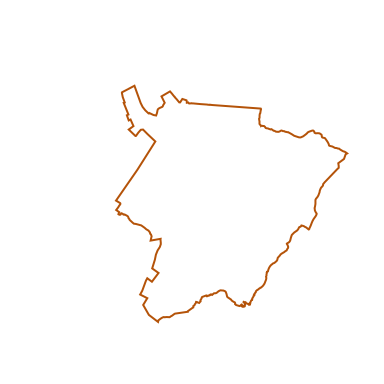 Racsa, Satu Mare, Romania, rotated 307°
{"feature_id": "2599482B8839717617259", "entity_name": "Racsa", "entity_type": "district", "adm_level": 2, "iso_a3": "ROU", "parent_name": "Romania", "parent_adm1": "Satu Mare", "projection": "robinson", "projection_center": [23.336, 47.815], "detail": "fine", "context": "isolated", "style": "outline", "palette": "amber", "viewbox_px": 384, "rotation_deg": 307, "n_neighbors": 0, "source": "geoboundaries", "source_scale": "gbopen_adm2", "svg_char_len": 6057}
<svg xmlns="http://www.w3.org/2000/svg" viewBox="0 0 384 384"><g transform="rotate(307 192 192)"><path d="M232.5,307.9L233.1,307.9L233.7,307.6L235.4,307.3L237.4,306.8L239.4,306.2L241.5,305.7L243.6,305.4L247.2,305.3L248.9,305.0L249.7,304.6L249.9,304.3L250.1,303.4L251.2,301.3L251.7,300.8L252.7,299.9L252.9,299.6L254.2,299.1L256.7,297.8L259.9,295.4L260.5,295.2L261.3,295.1L263.6,295.2L265.3,295.0L268.6,294.0L270.1,293.2L272.4,292.6L273.5,292.5L274.7,292.7L275.8,292.7L276.2,292.6L277.2,292.0L279.7,292.1L297.3,294.2L299.6,294.6L301.1,293.5L303.0,291.5L309.9,293.5L314.6,292.0L316.2,292.7L316.2,291.3L316.1,290.0L315.9,289.2L315.6,288.6L315.4,287.7L315.1,285.0L315.1,284.0L315.1,283.2L314.6,282.6L314.1,281.0L313.4,279.9L313.1,279.1L313.1,278.5L312.8,276.7L312.0,274.9L311.6,273.8L311.7,273.4L312.7,272.1L313.5,270.4L314.0,269.0L314.8,266.5L315.0,265.6L314.0,263.4L314.0,263.0L314.6,262.1L315.5,261.3L315.7,260.8L315.6,258.7L315.3,258.0L314.3,256.6L313.5,255.7L313.2,255.2L313.1,254.6L313.1,254.1L313.6,253.6L313.9,253.0L314.0,252.0L313.9,251.6L313.2,250.9L310.6,249.2L309.1,248.5L308.2,248.6L307.3,248.3L306.8,248.3L306.2,248.1L303.4,247.3L301.1,246.0L300.7,245.6L300.0,244.5L298.4,239.8L298.2,236.9L297.6,232.7L297.2,232.3L296.5,230.6L296.2,230.2L296.1,229.1L295.3,227.9L295.3,227.5L294.9,226.4L294.5,226.1L293.2,225.6L292.2,225.0L291.3,223.7L290.7,222.7L290.5,221.0L290.1,220.5L290.0,219.5L290.1,218.8L290.0,218.2L290.0,217.9L289.9,217.5L289.3,217.2L288.7,215.5L288.5,214.5L287.7,213.0L287.5,212.4L287.6,211.8L287.9,211.3L288.0,210.7L288.0,209.7L287.4,209.0L287.1,208.2L286.6,207.5L286.2,207.4L286.6,206.8L286.6,206.3L287.0,204.9L288.5,203.8L288.7,203.7L290.8,201.5L291.9,201.3L293.8,199.9L295.0,199.2L295.6,199.2L295.8,199.0L296.2,199.0L298.8,197.6L299.1,197.6L299.8,197.2L300.0,196.7L273.5,155.6L272.5,153.8L272.3,153.8L271.3,152.2L270.9,151.4L267.2,145.7L263.5,139.7L262.8,138.7L262.7,138.3L262.2,137.9L262.0,137.6L261.5,137.1L261.1,136.6L261.1,136.1L260.9,135.9L261.2,135.1L260.8,134.8L260.7,134.5L260.2,134.1L261.4,133.1L261.9,132.4L260.5,128.3L256.4,128.6L255.9,127.9L256.9,123.7L257.3,121.4L257.5,121.1L257.6,120.9L257.5,120.7L258.2,117.8L258.4,117.2L259.1,113.9L250.0,110.1L246.8,116.5L244.2,116.7L242.7,117.1L242.1,117.0L239.4,115.5L238.2,115.1L237.4,115.0L236.5,115.3L234.0,116.5L231.5,117.3L230.3,114.9L229.4,110.4L228.8,110.4L228.6,110.1L229.1,105.6L230.2,101.4L232.2,97.4L242.2,82.1L229.5,76.1L229.0,76.3L226.1,79.6L223.0,84.4L222.1,83.8L215.6,94.6L214.1,93.8L211.1,98.4L212.9,99.3L209.4,105.6L203.8,103.9L202.7,113.1L203.1,113.5L207.2,113.4L210.9,113.7L212.4,115.3L211.5,121.5L210.3,132.3L177.0,135.0L139.4,136.5L139.5,137.3L139.9,141.3L139.8,141.6L139.3,142.0L139.0,142.1L137.1,142.1L135.4,142.3L132.0,142.3L132.1,145.9L130.0,146.6L130.1,147.6L130.6,148.3L131.0,148.5L132.4,148.2L132.7,148.6L132.7,149.3L132.9,150.1L132.7,150.8L133.0,151.5L133.5,151.7L133.9,154.3L133.9,155.6L133.3,156.7L132.8,157.2L132.7,158.1L132.2,159.0L131.8,162.9L131.7,164.6L132.7,166.4L134.8,171.6L134.9,175.7L134.7,177.9L135.0,180.4L134.4,182.7L133.5,183.7L133.4,184.8L132.3,186.4L128.3,188.2L135.7,195.1L135.0,195.5L132.7,197.6L131.5,198.5L128.7,199.4L124.6,199.7L120.2,200.9L115.6,203.1L107.0,206.2L107.2,214.0L96.2,214.0L96.2,208.2L93.4,208.6L83.2,211.7L78.9,212.3L80.3,220.2L72.4,221.0L67.9,231.5L67.8,242.9L67.8,243.1L69.3,242.4L72.1,243.2L74.1,244.0L75.2,244.8L75.4,245.4L76.8,246.9L78.5,249.4L78.9,249.6L79.9,249.9L81.2,250.5L84.2,251.4L84.7,251.7L93.8,260.7L94.1,260.4L94.3,260.4L99.7,262.1L100.6,262.5L101.6,261.7L103.0,262.1L103.5,262.0L103.9,261.8L105.1,261.9L105.7,261.8L106.7,261.4L106.8,261.6L107.1,262.1L107.2,263.0L107.7,264.5L108.6,264.5L109.8,264.7L110.2,264.4L110.4,264.0L110.6,263.9L112.7,263.7L113.6,263.3L114.3,263.3L117.9,265.6L117.6,266.5L117.8,266.8L118.8,267.1L118.8,267.4L118.9,267.5L121.4,268.5L121.5,268.7L121.3,268.8L121.8,269.0L122.0,269.3L121.8,269.7L121.9,270.0L124.3,270.5L125.3,271.7L125.8,272.1L126.8,272.5L128.7,272.9L130.1,273.6L130.6,273.9L132.2,276.4L132.4,277.2L132.6,277.8L132.6,278.9L131.5,280.7L129.6,283.0L129.5,283.3L129.4,283.8L129.6,287.9L129.2,289.1L129.3,291.2L129.6,292.6L129.3,293.2L129.0,293.4L128.9,293.7L128.4,293.9L128.4,294.4L128.3,294.8L128.3,295.3L129.5,298.6L129.8,298.8L130.4,299.0L130.7,299.4L131.1,299.5L131.6,299.2L131.9,299.4L131.7,299.7L131.1,300.4L130.9,300.4L130.7,300.4L130.7,301.1L131.0,301.9L131.3,302.0L131.4,301.8L131.6,301.1L131.8,300.9L131.7,302.0L131.8,302.2L132.2,301.8L132.4,301.9L132.4,302.3L132.1,302.6L132.4,302.9L132.6,302.9L133.1,302.5L133.7,302.3L134.2,302.0L134.7,301.3L135.0,300.2L135.1,299.4L135.4,299.4L135.5,300.3L136.1,300.8L136.2,301.1L136.2,301.3L135.9,301.8L135.8,302.1L136.0,302.8L136.0,303.4L136.4,303.9L136.3,304.6L137.0,304.9L136.4,305.6L136.5,305.7L136.9,305.7L137.1,306.0L137.3,305.9L137.6,305.6L138.2,305.5L138.3,305.2L138.7,304.9L139.5,305.0L140.3,304.7L140.8,304.6L141.3,304.6L141.9,305.0L142.3,304.8L142.4,304.5L142.5,304.4L143.1,304.4L143.8,304.1L145.5,304.0L146.1,303.7L146.7,303.9L147.3,303.9L147.5,303.8L147.6,303.2L149.2,303.2L149.6,303.1L150.2,303.3L151.1,302.8L152.5,302.9L153.0,303.2L153.4,303.2L154.1,303.6L155.1,303.7L156.2,304.2L156.7,304.2L157.1,304.6L158.9,305.0L160.5,305.2L161.4,305.0L162.2,305.1L166.2,304.0L167.0,303.7L168.1,303.1L168.9,302.1L170.1,301.8L170.8,301.2L172.0,300.7L172.3,300.3L172.7,300.3L173.4,299.9L173.8,300.3L174.4,300.4L175.4,299.9L177.3,299.3L179.5,299.0L181.1,299.1L181.9,299.2L182.5,299.5L183.5,299.6L185.0,300.5L187.8,301.1L189.0,301.0L191.1,300.1L194.2,300.4L195.3,300.3L196.9,300.7L197.6,301.1L198.6,301.4L199.6,301.9L200.5,302.0L202.2,302.7L202.5,302.7L203.7,302.4L204.9,302.4L205.7,302.1L206.2,301.7L206.8,300.8L207.3,299.9L207.6,299.0L207.8,298.8L208.2,298.9L210.2,299.7L211.3,299.8L212.4,299.6L215.0,298.5L217.6,297.6L218.1,297.6L221.1,298.0L224.5,299.1L225.8,299.2L226.8,299.1L228.1,298.8L228.7,298.9L229.5,299.5L230.0,299.6L230.3,299.7L230.9,299.5L231.1,299.5L231.5,300.4L231.9,301.5L232.1,302.3L232.1,303.1L232.4,304.5L232.3,307.1L232.3,307.8L232.5,307.9Z" fill="none" stroke="#b45309" stroke-width="2"/></g></svg>